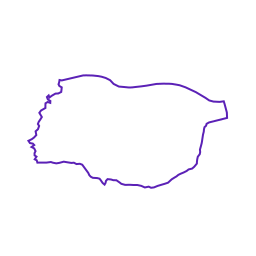 Panorama, São Paulo, Brazil, rotated 75°
{"feature_id": "56859067B41542408145429", "entity_name": "Panorama", "entity_type": "district", "adm_level": 2, "iso_a3": "BRA", "parent_name": "Brazil", "parent_adm1": "São Paulo", "projection": "equal_earth", "projection_center": [-51.854, -21.459], "detail": "fine", "context": "isolated", "style": "outline", "palette": "violet", "viewbox_px": 256, "rotation_deg": 75, "n_neighbors": 0, "source": "geoboundaries", "source_scale": "gbopen_adm2", "svg_char_len": 1885}
<svg xmlns="http://www.w3.org/2000/svg" viewBox="0 0 256 256"><g transform="rotate(75 128 128)"><path d="M128.1,224.8L130.3,225.3L132.0,223.8L134.1,226.2L135.6,224.5L138.0,224.5L139.0,220.6L140.3,215.8L140.9,211.3L142.1,209.5L143.6,206.4L143.9,203.5L143.9,198.8L145.5,195.3L147.1,191.7L147.5,189.3L149.5,187.1L150.1,183.8L151.6,181.7L157.0,179.6L161.1,178.0L163.5,177.6L165.4,176.6L167.0,174.9L168.4,170.7L169.6,168.6L171.5,167.8L174.6,166.7L176.6,165.3L175.2,163.9L173.4,163.0L172.1,161.0L173.3,157.8L174.6,155.7L175.5,152.7L178.7,150.0L180.2,148.9L182.2,145.5L183.3,141.0L184.6,137.1L185.5,133.7L187.3,130.2L189.8,127.1L190.0,123.2L191.7,121.2L192.1,118.3L191.6,114.3L191.5,111.1L191.4,107.1L191.2,103.5L188.9,99.1L187.9,95.9L187.3,93.7L186.3,91.5L185.8,89.0L185.4,85.9L184.7,82.5L183.7,80.2L183.8,76.6L182.6,74.1L180.2,70.7L178.3,70.1L176.1,69.2L173.8,68.0L171.9,65.5L169.9,64.5L167.5,64.1L164.8,62.5L161.8,60.8L160.1,60.0L158.0,59.1L153.9,57.3L151.2,55.8L148.8,54.9L147.0,53.9L146.0,52.0L144.3,51.0L143.6,48.3L143.9,29.7L138.6,28.5L130.0,28.5L127.0,28.6L126.5,32.7L124.6,38.6L122.4,42.4L118.9,45.4L110.9,53.2L103.6,61.9L100.1,67.0L98.8,69.7L96.8,74.1L96.0,76.5L94.3,82.5L92.8,89.1L91.9,99.1L91.2,104.5L90.3,110.3L89.8,113.8L89.0,116.9L87.2,121.7L85.6,126.1L81.7,130.5L77.2,132.9L73.9,136.6L71.6,140.3L70.2,143.2L68.2,148.4L66.3,154.8L65.6,157.8L65.0,177.0L64.9,179.7L63.9,181.7L66.1,182.7L67.8,183.8L69.7,183.4L71.6,181.5L74.0,182.4L75.9,183.2L76.6,186.4L76.0,189.2L77.1,193.2L78.2,196.0L76.0,196.2L77.1,198.3L79.7,198.0L81.8,196.0L83.6,196.6L82.1,198.9L82.8,201.3L84.7,201.9L87.3,202.6L88.6,207.5L90.4,209.7L95.1,208.4L97.0,210.4L98.9,212.6L100.8,214.0L103.0,213.3L105.9,215.3L107.3,218.1L111.1,218.4L112.9,221.3L113.9,223.8L114.6,227.5L117.2,226.6L118.4,224.0L120.2,223.0L121.4,226.1L123.4,223.9L126.4,223.3L128.1,224.8Z" fill="none" stroke="#5b21b6" stroke-width="2"/></g></svg>